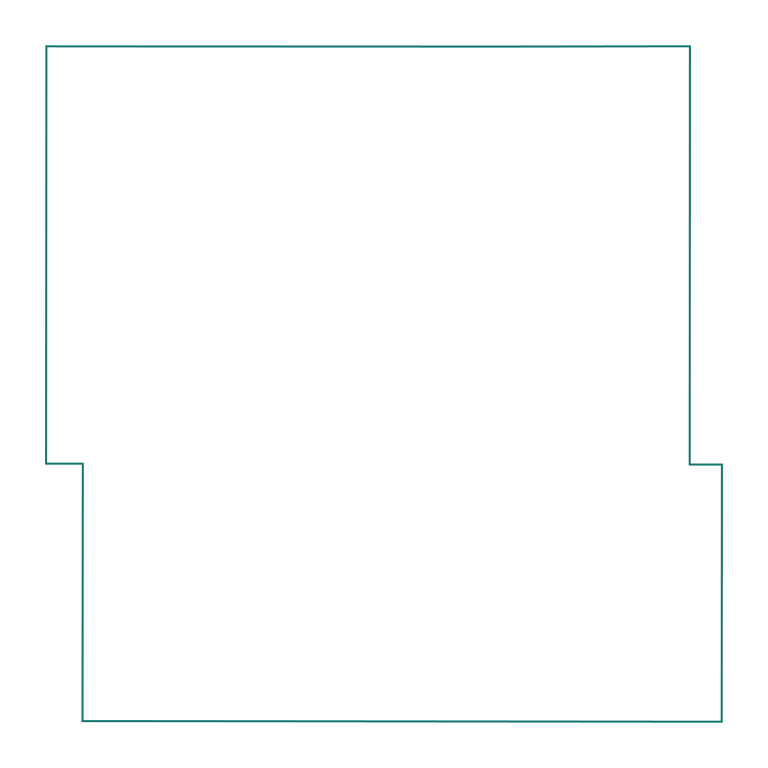 Rolette, North Dakota, United States of America (Mercator projection)
{"feature_id": "52423323B96885116348169", "entity_name": "Rolette", "entity_type": "district", "adm_level": 2, "iso_a3": "USA", "parent_name": "United States of America", "parent_adm1": "North Dakota", "projection": "mercator", "projection_center": [-99.803, 48.772], "detail": "fine", "context": "isolated", "style": "outline", "palette": "teal", "viewbox_px": 768, "rotation_deg": 0, "n_neighbors": 0, "source": "geoboundaries", "source_scale": "gbopen_adm2", "svg_char_len": 260}
<svg xmlns="http://www.w3.org/2000/svg" viewBox="0 0 768 768"><path d="M689.9,46.3L688.8,46.3L495.9,46.6L62.4,46.4L46.4,46.3L46.1,463.7L82.8,463.7L82.5,721.1L721.7,721.7L721.9,464.5L689.7,464.5L689.9,46.3Z" fill="none" stroke="#0f766e" stroke-width="2"/></svg>